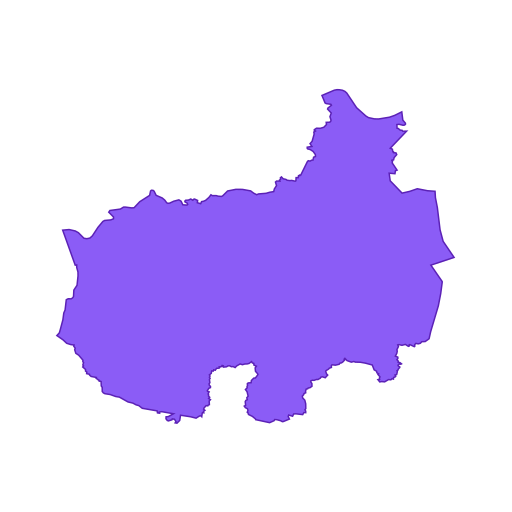 outline of Long Thanh, Đồng Nai, Vietnam, rotated 101°
{"feature_id": "81297802B3720110239063", "entity_name": "Long Thanh", "entity_type": "district", "adm_level": 2, "iso_a3": "VNM", "parent_name": "Vietnam", "parent_adm1": "Đồng Nai", "projection": "equal_earth", "projection_center": [107.054, 10.757], "detail": "fine", "context": "isolated", "style": "filled", "palette": "violet", "viewbox_px": 512, "rotation_deg": 101, "n_neighbors": 0, "source": "geoboundaries", "source_scale": "gbopen_adm2", "svg_char_len": 6086}
<svg xmlns="http://www.w3.org/2000/svg" viewBox="0 0 512 512"><g transform="rotate(101 256 256)"><path d="M86.7,140.4L91.5,146.7L94.3,151.5L98.1,161.8L98.8,165.9L98.7,172.0L97.6,174.9L91.2,185.6L78.7,198.0L77.4,200.2L76.8,202.8L76.9,206.0L77.3,208.3L78.3,210.8L85.8,221.9L92.6,217.4L93.0,216.2L92.8,211.4L93.6,210.7L97.0,213.6L98.1,213.8L101.3,209.4L105.1,210.0L108.3,208.3L109.3,208.3L110.6,209.1L111.4,212.6L113.5,211.9L116.7,214.0L118.4,217.3L119.0,221.0L120.9,222.9L121.3,222.9L122.0,221.5L123.3,222.9L125.2,222.2L132.7,222.8L135.4,224.4L137.8,222.0L139.4,226.5L140.5,226.3L141.0,225.8L141.2,223.0L142.5,219.8L145.1,217.1L147.0,216.6L148.0,218.3L151.0,218.4L151.3,219.6L152.5,221.0L152.5,222.9L153.6,223.6L168.0,227.5L168.1,228.4L168.8,228.4L169.0,229.6L171.1,229.6L171.4,231.6L174.5,231.2L175.1,231.8L175.0,235.4L175.5,237.0L175.7,239.9L175.1,241.2L175.0,244.1L173.5,246.1L174.6,247.0L175.9,246.5L177.0,247.4L177.9,246.8L178.5,250.1L179.7,251.0L183.0,249.3L186.7,250.8L189.4,250.9L190.8,254.7L192.5,258.0L194.6,265.4L195.7,267.0L194.8,270.2L193.1,273.7L193.2,282.0L194.4,288.5L197.6,296.3L203.2,300.1L204.1,301.2L204.5,304.6L204.3,306.6L205.1,310.4L204.5,311.9L207.5,313.4L211.0,316.1L212.3,318.0L213.0,319.8L215.2,320.3L214.9,323.8L212.6,323.9L211.8,327.2L212.0,327.8L213.3,328.7L212.5,330.9L214.0,333.0L214.7,335.7L215.7,336.3L216.4,336.1L217.2,333.7L218.4,332.9L219.2,333.5L219.7,337.6L216.5,340.0L215.6,342.4L217.9,347.2L220.6,350.9L221.1,352.6L220.8,353.8L218.5,356.3L216.9,359.2L215.5,365.6L211.8,368.4L211.2,369.6L211.4,371.2L212.3,371.9L216.8,372.0L224.9,380.5L231.9,384.9L232.5,387.2L232.9,393.6L233.3,395.4L235.8,398.1L239.2,408.1L241.1,408.9L244.9,403.3L246.7,403.0L248.3,405.5L250.0,411.4L251.3,412.9L258.0,416.6L267.5,420.5L270.1,422.5L271.3,425.4L271.4,428.3L267.0,434.8L265.9,438.2L265.7,444.5L267.5,450.7L299.5,431.7L299.0,430.3L301.5,429.8L305.7,427.7L309.6,426.9L318.9,426.1L324.2,428.3L330.7,427.4L332.2,428.1L333.3,429.3L333.8,432.2L335.1,433.9L345.4,433.1L348.6,433.8L355.5,433.4L365.9,434.1L369.0,434.4L372.1,436.3L375.2,429.3L377.8,425.2L378.3,420.9L378.1,417.6L379.3,417.7L381.0,415.9L382.6,416.1L385.9,414.3L387.2,411.1L391.3,406.0L392.8,405.8L393.6,404.9L396.0,405.2L396.8,404.3L398.0,404.9L399.9,401.7L401.5,401.4L402.2,399.9L403.8,399.8L403.9,396.9L404.7,396.6L405.7,394.9L405.7,389.5L406.6,389.6L407.4,387.5L407.9,387.1L407.9,386.3L408.8,386.0L408.6,385.0L408.8,384.1L413.1,383.1L414.3,381.9L418.3,381.1L419.5,379.7L420.0,378.1L419.8,372.7L420.7,366.9L420.6,363.2L423.7,353.8L423.9,348.8L425.0,345.3L425.2,342.5L427.2,338.6L426.9,323.5L428.8,322.8L428.7,320.7L427.7,321.2L426.8,318.9L426.6,306.9L430.4,311.5L431.0,313.6L433.0,313.3L434.4,311.7L434.6,310.5L432.8,307.2L431.9,307.1L431.8,304.9L433.9,302.9L435.2,303.5L435.2,301.7L432.0,299.5L426.7,299.7L426.3,289.6L426.6,283.9L423.8,280.9L423.4,279.6L424.1,278.6L420.3,278.8L419.9,278.6L419.9,277.3L418.4,277.8L417.2,276.7L416.4,278.2L415.1,278.0L412.4,276.4L412.3,274.7L411.5,274.5L410.8,273.4L407.3,274.3L405.7,273.3L404.9,275.3L403.5,274.5L402.6,275.9L401.3,276.0L400.6,276.7L398.3,276.1L398.2,277.7L397.6,278.1L394.9,277.1L393.9,275.6L392.7,275.8L391.7,277.2L390.4,277.7L389.2,277.1L386.0,278.2L384.9,277.7L383.9,278.6L382.6,278.2L381.6,279.1L379.7,277.5L377.3,277.6L377.1,276.0L375.8,275.8L375.9,274.2L373.8,273.3L373.1,270.8L372.5,270.4L371.8,270.9L371.2,268.9L369.9,268.4L370.0,267.2L371.0,267.3L371.3,266.8L370.4,263.8L369.2,262.5L368.8,260.8L369.4,259.1L368.9,257.4L369.5,255.2L367.6,254.0L365.0,251.0L365.3,248.6L364.2,246.5L363.6,244.0L362.8,242.3L360.5,240.2L361.7,239.2L361.8,237.7L363.5,237.2L364.1,234.6L366.0,235.5L369.3,234.5L371.3,231.9L372.1,231.5L375.8,233.3L376.3,234.9L379.1,236.8L381.3,236.6L382.1,239.5L383.2,240.2L384.4,239.6L385.9,239.9L387.0,239.5L389.1,240.9L390.9,238.9L395.1,237.0L396.9,238.0L398.7,237.1L399.7,238.4L401.0,238.8L404.6,237.7L405.6,238.9L406.9,237.5L407.6,235.2L409.3,234.4L411.0,234.8L411.3,234.1L413.0,233.1L414.1,229.0L416.1,225.3L416.7,225.1L417.0,210.8L414.2,206.8L413.0,206.5L412.7,204.3L413.0,200.4L413.6,198.5L413.3,197.6L409.7,192.1L407.4,193.8L405.9,193.6L406.3,189.5L403.9,188.9L403.3,186.8L402.8,179.9L400.5,179.1L400.3,177.3L398.8,177.6L397.6,178.6L396.3,178.0L391.6,179.0L388.2,180.6L386.4,183.1L384.7,183.8L383.0,182.7L381.8,182.6L380.8,181.1L379.1,181.6L377.0,181.3L376.5,179.9L375.6,179.6L375.0,177.9L373.2,176.2L370.5,176.8L369.3,178.1L368.2,178.4L367.2,177.0L367.0,175.3L365.7,173.2L365.4,171.6L363.6,169.5L362.6,169.2L361.9,167.8L362.3,164.8L359.2,162.9L358.2,164.3L355.9,165.6L355.2,165.4L353.1,163.1L352.2,162.7L351.0,160.7L349.3,161.1L348.3,160.6L348.0,157.2L346.4,153.7L345.1,153.1L344.6,151.7L343.5,150.6L341.3,149.2L340.5,149.8L339.5,149.2L341.3,146.7L342.0,142.2L340.9,139.8L341.2,138.3L340.4,133.4L340.3,128.4L340.8,121.1L345.2,118.3L346.1,115.7L347.6,115.0L348.3,113.2L349.0,113.7L351.0,111.2L352.3,111.6L353.5,111.1L354.1,112.7L356.0,110.5L355.3,108.7L355.0,105.7L352.0,102.3L351.8,100.0L350.5,99.1L350.6,97.6L349.0,97.8L348.2,96.4L347.4,95.9L346.3,96.8L345.5,95.3L342.5,95.2L341.7,95.7L341.0,94.9L339.7,94.7L338.0,93.6L337.3,93.8L337.0,95.1L336.1,95.8L334.7,94.8L334.6,93.2L334.1,92.6L333.2,94.3L333.2,96.2L332.1,96.2L330.9,97.9L329.4,97.2L328.2,97.5L327.7,100.1L324.6,99.2L322.5,99.2L321.0,99.8L317.7,98.9L316.2,99.9L315.7,98.8L315.8,95.7L314.3,92.5L315.6,89.2L315.1,88.4L314.0,88.7L313.6,88.1L314.8,83.3L314.3,82.9L312.7,83.3L311.3,82.4L311.3,80.0L310.3,78.0L308.5,76.9L307.7,73.6L304.2,70.3L296.9,70.1L270.1,67.5L257.8,67.5L246.3,68.2L245.5,68.4L231.6,82.6L219.6,61.3L205.9,75.1L195.2,80.3L173.9,87.2L164.5,91.0L158.3,92.6L159.2,100.0L159.2,110.5L163.2,117.4L166.4,124.6L156.6,138.6L149.3,141.1L148.7,135.3L145.7,135.4L144.8,133.9L138.6,140.1L137.4,140.0L136.3,140.9L135.9,140.8L135.5,139.3L133.1,139.2L129.6,137.2L128.1,138.2L128.3,140.7L127.5,140.9L127.5,141.6L125.1,142.5L124.6,144.8L104.7,132.0L105.5,135.7L104.7,136.7L105.0,137.8L104.6,139.2L103.7,140.5L103.7,141.9L100.1,142.8L99.4,140.8L99.6,136.6L99.1,135.1L98.0,134.4L97.1,134.7L94.6,137.8L86.7,140.4Z" fill="#8b5cf6" stroke="#5b21b6" stroke-width="1.5"/></g></svg>